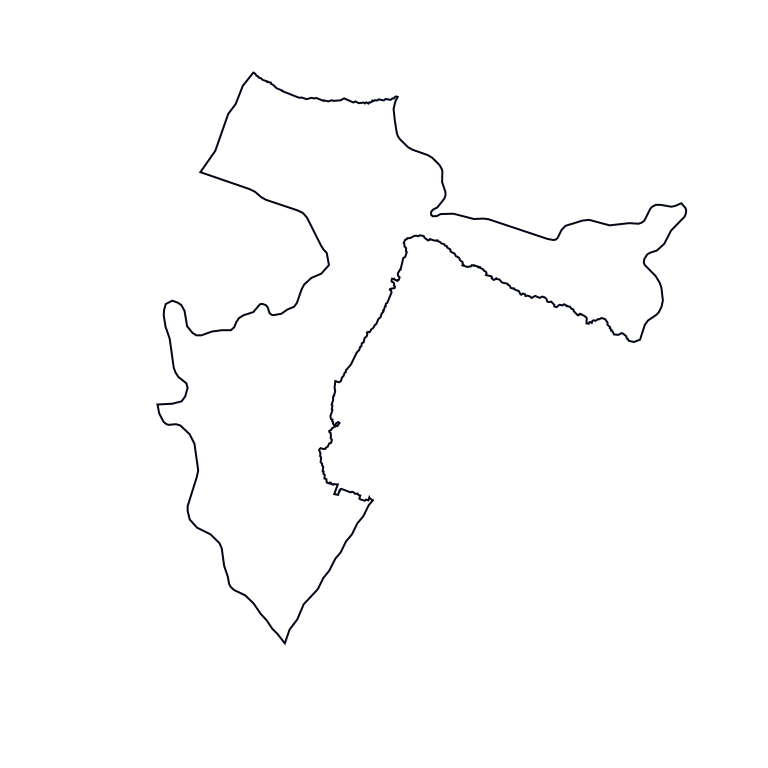 Sánchez, Samaná, Dominican Republic (orthographic projection), rotated 18°
{"feature_id": "3306468B64693584443826", "entity_name": "Sánchez", "entity_type": "district", "adm_level": 2, "iso_a3": "DOM", "parent_name": "Dominican Republic", "parent_adm1": "Samaná", "projection": "orthographic", "projection_center": [-69.614, 19.143], "detail": "fine", "context": "isolated", "style": "outline", "palette": "ink", "viewbox_px": 768, "rotation_deg": 18, "n_neighbors": 0, "source": "geoboundaries", "source_scale": "gbopen_adm2", "svg_char_len": 6153}
<svg xmlns="http://www.w3.org/2000/svg" viewBox="0 0 768 768"><g transform="rotate(18 384 384)"><path d="M151.7,375.4L152.0,381.7L153.2,386.5L158.5,397.0L166.2,407.2L179.1,433.7L182.4,437.7L186.4,440.9L195.8,444.4L198.4,448.3L198.8,457.2L196.9,463.0L188.7,468.2L174.9,473.5L179.4,481.6L186.2,488.2L189.5,489.4L191.8,489.4L198.6,486.5L203.2,486.4L214.6,491.8L222.2,499.4L234.0,523.6L234.7,530.0L235.0,560.8L236.5,565.4L241.1,572.9L250.6,578.4L265.4,580.6L276.7,586.2L280.5,590.5L288.2,606.4L295.1,615.7L298.4,621.9L300.8,624.3L305.1,626.3L317.3,627.9L327.8,633.0L337.9,640.8L345.4,645.0L353.5,651.4L359.9,654.6L369.8,661.3L370.1,646.8L374.3,634.5L375.7,618.4L384.5,599.4L386.2,587.3L389.6,578.5L391.7,565.2L394.8,557.7L396.5,545.6L400.0,536.9L401.7,524.8L405.2,516.1L406.9,504.0L409.4,498.0L406.1,497.4L405.1,496.4L405.1,499.5L402.7,499.5L401.8,501.0L396.9,501.0L395.9,500.5L395.9,497.4L394.0,497.4L392.5,496.4L390.6,497.4L388.6,496.4L386.7,496.4L385.7,497.4L376.0,496.9L375.1,497.4L375.1,499.0L374.6,499.0L374.6,503.6L370.7,504.1L371.1,493.8L366.8,494.9L366.8,495.4L363.9,495.4L363.9,494.4L362.9,494.4L362.4,495.4L360.0,495.4L358.6,492.3L356.6,492.3L355.7,488.7L354.2,488.2L353.7,486.1L352.7,486.1L351.8,481.5L350.3,480.5L349.8,479.0L347.9,477.9L346.9,473.3L345.5,472.3L345.0,469.7L342.6,466.6L343.5,464.6L346.4,464.6L348.4,463.6L348.4,462.5L349.8,461.0L350.3,457.4L351.8,456.4L351.8,453.3L349.8,451.7L349.8,450.2L348.4,447.1L346.9,446.6L346.4,445.6L347.9,444.0L348.4,442.0L351.8,438.4L352.7,438.4L353.7,434.8L352.3,434.3L350.8,435.8L350.3,437.9L348.9,438.4L347.4,436.9L347.4,435.8L346.0,435.3L346.0,433.8L344.5,433.8L343.0,431.2L343.0,424.5L342.1,424.0L341.6,420.4L340.6,419.9L340.6,414.8L339.7,412.7L339.7,410.2L340.1,410.2L339.7,405.5L338.2,403.0L336.8,396.3L340.6,396.3L342.1,394.7L342.1,390.6L343.1,388.6L343.1,385.5L344.0,384.5L343.5,382.9L346.5,375.8L348.4,362.4L349.9,359.3L349.9,356.2L350.8,355.2L350.3,352.1L351.8,350.6L351.3,346.5L352.8,343.9L352.8,341.9L351.8,340.3L352.8,339.3L354.2,339.3L355.2,335.7L356.6,333.7L357.1,330.6L358.1,329.5L358.6,323.9L360.0,321.8L360.0,317.7L361.0,315.7L360.5,314.7L361.0,314.7L361.0,309.5L361.5,309.5L361.0,307.0L362.0,305.9L362.9,294.6L361.5,292.6L360.5,292.6L360.5,291.6L364.4,289.5L364.4,288.0L363.0,287.4L363.0,285.9L361.5,284.4L360.0,284.4L359.1,283.3L359.1,281.3L361.0,280.8L361.0,281.3L364.9,281.8L364.9,280.8L365.9,280.3L365.9,277.7L363.9,276.7L363.0,274.6L363.9,270.0L364.4,270.0L363.4,258.2L364.9,256.6L364.9,251.5L363.9,251.0L363.0,247.9L361.0,246.9L360.0,244.3L359.1,243.8L359.6,240.2L361.0,239.2L361.0,238.2L363.9,237.1L366.8,234.0L368.8,233.0L370.7,233.0L372.2,231.5L376.0,231.0L377.5,232.5L380.9,233.5L381.4,234.6L381.4,233.5L382.8,233.0L382.8,232.0L387.7,232.0L390.1,231.0L390.1,231.5L393.0,231.5L395.0,232.5L398.3,232.5L399.3,233.5L401.2,233.5L401.7,234.6L405.6,235.6L406.1,237.1L407.1,237.6L410.9,238.2L412.9,240.2L416.3,240.7L418.2,242.8L421.1,243.8L421.6,245.3L422.6,245.9L422.1,246.9L427.0,246.9L430.3,245.3L430.8,243.8L432.8,243.8L432.8,243.3L437.6,243.3L437.6,243.8L439.1,243.3L439.1,243.8L442.9,244.3L443.9,245.3L446.3,245.8L447.3,246.9L447.3,248.9L452.6,248.4L453.6,248.9L453.6,250.0L455.6,251.0L456.5,251.0L458.0,248.9L458.5,249.4L461.4,248.9L464.8,251.0L470.6,250.5L471.5,251.5L473.0,251.5L474.9,253.5L477.9,253.0L477.9,253.5L483.7,254.1L486.1,256.6L487.1,256.6L488.0,255.1L490.5,255.1L491.4,256.6L493.4,255.6L495.8,255.6L497.7,256.6L500.6,253.5L505.5,254.0L507.4,252.0L510.3,252.0L512.3,253.0L513.7,255.1L515.7,255.1L517.6,254.0L521.5,256.1L522.0,257.6L524.4,257.6L526.3,254.5L529.7,254.0L530.7,252.5L533.6,253.0L533.6,253.5L537.0,253.0L538.9,254.5L540.9,254.5L541.9,256.1L546.7,258.6L547.7,258.6L548.2,257.1L549.6,257.1L549.6,256.6L554.5,257.6L556.4,258.6L557.9,263.8L560.3,263.3L560.3,261.7L561.3,261.2L562.7,261.7L562.7,259.7L563.7,258.6L565.6,258.6L567.6,256.1L568.5,256.1L570.5,254.0L574.3,254.0L577.7,256.6L578.2,258.6L581.6,260.2L581.6,261.2L583.6,262.2L583.6,263.2L585.0,263.2L587.4,265.8L591.8,264.8L594.2,262.2L595.7,262.2L599.6,263.7L601.0,265.8L602.0,265.8L603.4,267.3L608.8,266.8L613.8,262.7L613.8,247.1L615.4,242.1L621.6,234.1L623.2,230.8L624.1,224.6L623.4,218.3L618.0,206.6L614.9,202.5L609.0,197.4L595.0,190.1L593.6,188.3L592.9,185.0L594.3,179.4L596.4,177.0L602.3,172.7L607.2,164.1L609.6,149.4L618.2,131.9L618.4,128.4L617.6,125.1L616.2,123.4L610.9,120.2L605.9,124.7L602.5,126.6L592.0,128.1L587.2,129.6L584.1,132.8L583.1,135.1L581.2,148.0L579.3,150.8L576.6,152.9L567.4,155.3L549.5,163.4L528.5,164.5L522.5,167.1L507.7,177.5L505.2,182.8L504.0,191.3L502.9,193.4L500.8,194.7L494.5,195.5L432.6,195.0L427.3,196.0L418.5,199.3L397.4,200.6L385.3,204.9L382.3,208.0L378.5,209.4L376.5,208.5L375.6,205.4L377.0,202.7L380.1,199.7L384.1,189.1L384.2,185.5L382.9,182.1L376.9,174.1L373.8,163.7L372.6,161.8L369.3,158.7L360.1,154.0L355.1,152.8L339.0,152.4L333.8,151.4L323.5,146.3L320.8,144.2L318.7,141.5L313.4,131.2L308.1,119.4L307.5,111.9L308.3,106.7L306.7,106.7L305.3,108.2L305.3,109.3L303.8,109.8L302.4,111.8L297.5,112.4L296.1,114.4L291.2,114.9L289.8,116.5L287.4,117.0L286.9,118.0L285.4,118.0L285.4,119.0L284.0,120.6L283.0,120.6L282.5,122.1L280.1,121.6L279.1,123.1L277.7,122.6L273.3,124.7L269.4,124.1L268.0,125.7L257.8,124.7L254.9,127.7L248.6,130.3L246.6,130.3L243.7,132.4L238.9,132.9L238.9,133.4L231.1,132.9L229.7,133.9L226.3,134.4L222.4,137.0L217.1,137.0L214.7,138.0L196.7,136.9L196.7,136.4L190.4,135.9L186.5,133.9L183.6,133.3L183.2,132.3L179.8,132.8L179.8,132.3L174.9,132.3L172.5,131.3L170.1,131.3L169.1,130.3L167.6,130.3L165.7,128.7L163.5,128.2L157.6,144.0L156.4,163.7L152.4,175.2L151.5,214.4L143.9,239.3L196.0,240.2L201.8,241.0L209.4,244.2L214.8,245.3L247.8,245.6L254.0,246.4L259.3,249.5L281.2,271.7L285.1,274.9L289.0,277.0L294.9,287.9L290.2,298.5L282.2,305.5L277.3,314.1L276.4,319.3L276.1,333.9L274.6,338.3L269.1,343.0L264.7,348.9L257.6,352.7L255.6,352.9L253.0,351.7L249.8,347.1L247.3,345.5L243.3,345.4L241.4,346.5L237.4,356.1L229.3,361.9L225.7,366.1L224.4,370.7L224.0,376.4L221.8,380.1L213.5,382.8L204.1,387.3L195.2,394.2L190.6,395.7L186.1,394.6L178.9,389.9L171.7,376.1L166.7,371.4L161.9,370.3L156.9,370.2L151.7,375.4Z" fill="none" stroke="#020617" stroke-width="2"/></g></svg>